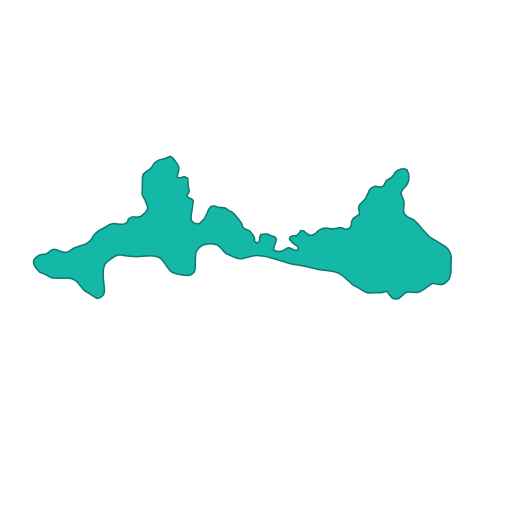 Lago De Amatitlan, Guatemala (Mercator projection), rotated 317°
{"feature_id": "79465075B78554632874353", "entity_name": "Lago De Amatitlan", "entity_type": "district", "adm_level": 2, "iso_a3": "GTM", "parent_name": "Guatemala", "parent_adm1": "", "projection": "mercator", "projection_center": [-90.569, 14.455], "detail": "fine", "context": "isolated", "style": "filled", "palette": "teal", "viewbox_px": 512, "rotation_deg": 317, "n_neighbors": 0, "source": "geoboundaries", "source_scale": "gbopen_adm2", "svg_char_len": 4656}
<svg xmlns="http://www.w3.org/2000/svg" viewBox="0 0 512 512"><g transform="rotate(317 256 256)"><path d="M364.9,396.1L367.0,396.9L369.3,400.1L371.5,402.8L373.8,404.4L377.1,404.9L381.5,404.6L383.8,403.3L385.7,402.0L387.9,400.5L390.1,398.1L392.6,395.5L396.5,391.6L398.0,390.1L399.2,388.2L400.1,386.2L400.8,384.0L401.1,381.8L401.0,378.6L400.2,375.5L398.9,370.8L397.0,364.1L396.0,360.7L395.9,350.8L396.1,347.8L396.4,342.6L396.2,340.3L396.1,337.5L394.8,334.0L393.8,331.7L393.3,328.5L393.5,325.8L395.1,323.1L397.1,321.3L399.5,319.2L401.4,317.1L402.6,314.6L403.6,311.5L404.9,308.9L408.1,307.4L412.0,307.2L415.1,306.7L418.4,305.3L421.3,303.1L423.6,300.1L425.2,295.8L423.8,293.3L421.7,291.5L418.1,290.0L414.8,289.7L412.4,290.5L408.8,291.0L405.4,290.2L402.7,289.7L399.7,290.8L396.8,291.8L394.0,290.4L392.7,288.8L390.8,286.3L387.2,285.0L383.5,285.2L381.2,286.4L374.9,288.7L372.9,288.9L368.6,289.1L366.1,289.3L363.6,290.9L362.1,293.6L360.0,296.1L356.7,295.4L352.9,294.8L349.9,295.7L348.1,297.1L345.4,299.1L342.8,299.4L339.5,297.4L338.6,295.3L337.7,293.5L335.7,291.7L333.7,290.6L330.6,288.5L326.4,283.5L323.9,281.5L320.5,280.3L318.0,280.0L314.7,280.0L311.1,279.1L309.3,277.2L308.6,274.8L308.0,270.2L306.2,267.9L303.0,268.7L299.3,268.8L296.7,266.3L294.0,265.3L292.0,266.4L291.7,270.8L291.9,272.9L292.5,275.1L292.9,277.9L291.1,280.1L288.7,279.0L287.6,277.1L287.0,274.6L285.3,271.9L282.2,271.1L279.8,270.7L276.5,269.0L274.6,266.9L272.9,263.6L275.4,261.5L278.5,260.1L282.5,257.6L282.7,254.9L281.7,252.8L280.4,250.2L279.3,247.5L276.3,245.1L274.0,243.6L271.1,245.0L268.9,247.5L265.2,247.1L265.1,243.9L266.7,242.5L267.8,240.0L268.2,238.0L268.4,233.1L266.7,229.3L265.8,226.3L267.4,223.2L267.9,221.2L268.1,219.2L268.4,216.5L268.6,213.9L268.7,210.8L268.5,207.6L267.2,204.7L266.9,202.6L266.3,200.0L264.4,197.6L261.6,194.8L260.4,192.2L258.9,190.3L256.8,189.1L253.8,189.5L251.3,190.4L248.2,191.9L243.8,193.5L240.0,193.6L237.1,193.8L234.7,192.2L233.2,189.7L232.9,186.4L234.2,184.0L238.5,180.4L247.9,172.8L247.8,170.2L246.2,166.9L246.9,164.3L249.2,164.1L251.1,163.2L252.7,161.4L254.0,158.6L256.1,156.3L259.1,152.5L257.9,149.3L255.9,148.1L253.1,146.8L252.0,144.6L253.7,143.4L255.4,142.3L258.5,140.2L260.3,138.1L261.2,135.0L261.5,132.5L261.9,129.9L262.1,127.6L261.2,124.6L257.9,123.3L255.1,122.3L252.0,120.5L250.2,119.5L246.5,118.9L244.2,118.9L241.8,119.6L238.1,120.3L235.8,119.8L233.4,119.4L229.1,119.3L226.9,120.8L216.5,131.4L214.9,133.1L213.7,136.3L213.0,139.2L211.6,142.9L210.5,145.4L209.2,147.4L206.3,148.5L204.0,148.8L198.8,148.4L195.7,146.7L193.8,144.6L191.6,142.7L187.8,142.0L184.8,143.5L181.4,142.8L179.5,141.2L177.7,139.5L173.8,135.0L170.5,133.1L167.9,132.7L162.8,131.4L160.9,130.8L158.0,130.2L153.7,130.0L151.3,130.3L148.3,131.2L145.8,131.6L143.8,131.7L141.3,131.4L138.7,130.8L134.7,128.8L129.0,126.3L126.6,125.7L122.8,125.1L120.6,124.5L118.6,122.9L116.5,120.0L115.4,117.7L114.5,115.5L112.9,113.4L110.8,112.4L108.8,111.9L106.0,111.9L103.2,111.1L100.4,108.7L97.2,107.3L94.2,107.1L92.0,107.1L89.7,108.1L88.2,110.0L86.9,114.2L86.9,117.3L86.8,120.2L87.5,122.1L88.8,124.4L90.1,127.6L91.0,131.0L92.2,133.3L93.9,135.1L97.0,138.1L101.1,141.8L103.2,143.9L105.4,146.3L107.0,149.8L107.4,151.9L107.5,154.3L107.2,157.5L107.1,159.9L106.9,162.6L107.0,164.8L108.2,168.8L109.2,172.9L109.8,175.2L110.7,178.4L112.5,179.7L115.0,180.4L118.1,180.3L120.6,178.9L122.9,176.5L128.0,169.5L131.8,165.2L134.2,162.7L135.9,161.3L137.6,160.2L140.2,158.9L143.4,158.7L146.8,159.1L150.3,159.5L152.7,160.1L155.3,160.9L157.4,162.6L160.5,166.6L165.7,172.5L168.9,175.7L174.8,180.4L178.9,183.8L181.1,186.2L182.9,188.6L183.9,190.6L184.7,193.2L184.6,195.9L183.7,202.6L183.4,205.1L183.2,207.8L183.5,210.8L185.7,214.9L189.3,219.8L191.8,222.6L193.5,224.3L196.1,225.5L199.2,225.7L201.6,224.8L203.5,223.2L210.1,216.4L212.2,214.4L214.4,212.4L217.5,211.5L219.6,211.2L221.7,211.2L225.0,212.0L227.2,213.1L229.7,214.9L231.8,216.8L233.5,218.8L235.3,221.8L235.7,224.7L235.8,227.3L235.6,230.1L235.6,233.6L237.1,237.0L238.9,241.2L240.0,243.7L241.2,245.7L243.2,247.9L245.8,249.5L249.2,251.3L253.7,253.8L256.9,256.1L259.5,259.0L263.4,263.8L273.2,280.3L275.2,284.0L277.0,286.7L282.5,293.8L286.9,300.0L290.0,304.7L292.3,308.3L298.4,315.6L300.8,318.5L302.9,321.4L304.3,323.9L305.4,327.3L306.2,331.5L307.0,341.0L307.0,343.1L307.9,345.4L309.0,348.3L309.5,350.3L310.0,352.4L310.6,354.5L311.3,356.7L312.9,359.6L314.8,361.3L317.0,363.2L319.3,365.3L321.3,367.1L323.0,368.6L325.4,369.8L327.8,371.5L327.1,375.3L326.9,379.6L328.0,382.0L331.4,384.5L335.0,384.7L338.3,384.7L341.4,385.2L344.1,387.4L346.2,389.7L348.6,392.3L351.3,393.8L353.6,394.3L356.3,394.9L360.7,395.5L364.9,396.1Z" fill="#14b8a6" stroke="#0f766e" stroke-width="1.5"/></g></svg>